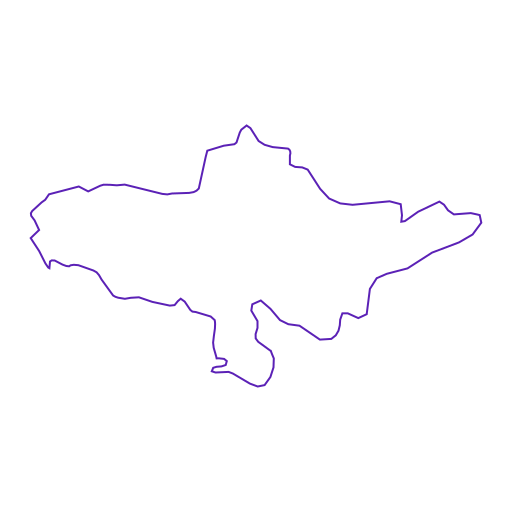 outline of Andijon
{"feature_id": "UZB-363", "entity_name": "Andijon", "entity_type": "Region", "adm_level": 1, "iso_a3": "UZB", "parent_name": "Uzbekistan", "parent_adm1": "", "projection": "orthographic", "projection_center": [72.284, 40.729], "detail": "fine", "context": "isolated", "style": "outline", "palette": "violet", "viewbox_px": 512, "rotation_deg": 0, "n_neighbors": 0, "source": "natural_earth", "source_scale": "10m", "svg_char_len": 1972}
<svg xmlns="http://www.w3.org/2000/svg" viewBox="0 0 512 512"><path d="M246.6,125.5L250.4,128.1L258.6,141.0L264.6,144.8L272.7,147.1L288.0,148.6L289.4,149.7L290.2,151.3L290.4,153.3L289.9,155.6L289.9,164.3L295.1,166.9L302.2,167.4L307.7,169.6L320.1,188.8L329.1,198.5L340.2,203.4L352.6,204.8L389.6,201.3L400.7,204.2L402.0,215.3L401.3,221.7L404.9,221.1L418.2,211.7L439.4,201.6L444.0,204.7L448.0,210.3L453.9,214.4L470.8,213.1L477.3,214.5L479.7,215.1L481.3,222.7L472.6,234.5L459.0,242.4L432.1,252.6L407.5,268.4L386.8,273.8L376.7,278.2L369.9,288.9L366.7,314.2L358.3,318.1L347.7,313.3L342.4,313.3L340.2,319.6L339.8,325.3L338.5,330.7L335.8,335.3L331.3,338.9L319.9,339.6L299.5,325.7L288.3,324.2L280.0,320.1L270.5,308.9L260.8,300.5L252.3,304.3L251.3,310.6L257.5,321.1L257.5,327.9L255.6,334.1L255.7,338.4L258.2,341.8L270.7,350.9L270.8,350.9L272.0,354.1L273.8,358.4L273.8,358.5L273.5,367.4L270.4,377.0L264.6,385.1L257.7,386.5L249.9,383.6L232.8,373.5L228.6,371.9L215.5,372.5L211.8,371.3L213.2,367.8L216.5,366.8L221.5,366.4L225.7,365.0L226.8,361.1L224.1,358.9L218.8,358.3L216.6,358.4L216.2,356.5L213.7,347.8L213.1,342.6L213.9,335.8L214.9,328.7L215.1,324.2L215.0,322.1L214.7,320.1L210.7,316.5L195.7,312.0L192.4,311.6L190.3,309.9L184.7,301.6L180.7,298.7L177.8,301.2L174.6,305.1L169.8,305.6L152.4,301.9L138.9,297.3L130.7,297.8L124.9,298.8L118.1,297.7L115.4,296.8L113.1,295.5L101.6,279.6L99.0,275.1L96.6,272.3L93.4,270.5L78.4,265.2L73.8,264.8L70.6,265.3L69.1,266.3L66.3,266.0L62.5,264.6L54.7,260.5L51.7,260.4L50.0,261.5L49.4,268.2L48.2,267.5L45.4,263.4L39.2,251.1L30.7,238.1L39.1,230.0L34.6,220.4L31.2,215.8L30.9,213.2L32.2,211.0L41.6,202.4L45.2,199.8L49.0,194.3L78.8,186.5L88.2,191.4L100.3,185.7L103.6,184.7L109.9,184.8L116.8,185.3L124.7,184.6L162.3,193.9L167.3,194.4L172.0,193.5L189.2,192.9L193.6,192.1L195.3,191.3L196.6,190.6L198.8,188.5L205.7,156.9L207.3,150.7L223.8,145.7L234.4,144.2L236.5,142.5L239.8,132.5L241.3,129.7L246.6,125.5Z" fill="none" stroke="#5b21b6" stroke-width="2"/></svg>